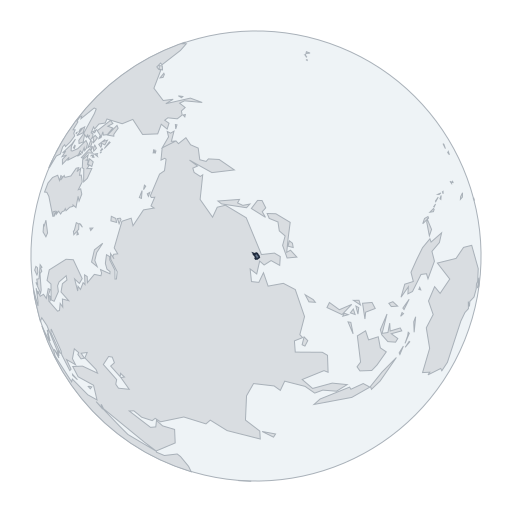 Chagang-do highlighted on a globe, orthographic projection, rotated 292°
{"feature_id": "PRK-3310", "entity_name": "Chagang-do", "entity_type": "Province", "adm_level": 1, "iso_a3": "PRK", "parent_name": "North Korea", "parent_adm1": "", "projection": "orthographic", "projection_center": [126.424, 40.896], "detail": "medium", "context": "on_globe", "style": "filled", "palette": "slate", "viewbox_px": 512, "rotation_deg": 292, "n_neighbors": 0, "source": "natural_earth", "source_scale": "10m", "svg_char_len": 12670}
<svg xmlns="http://www.w3.org/2000/svg" viewBox="0 0 512 512"><g transform="rotate(292 256 256)"><circle cx="256" cy="256" r="225" fill="#eef3f6" stroke="#a8b0b8"/><path d="M430.2,387.3L430.0,388.2L429.8,388.5L430.2,387.3ZM423.8,105.6L423.8,105.9L425.0,107.0L428.0,110.5L425.3,108.4L426.7,111.9L418.2,108.9L398.1,97.2L399.2,95.3L394.2,93.2L392.6,95.8L392.7,98.1L373.3,98.5L365.4,111.7L370.3,120.5L363.4,115.3L377.8,136.0L378.2,148.6L373.1,131.6L369.1,127.9L367.1,134.7L362.6,132.5L359.0,134.7L353.7,131.6L351.1,122.5L347.7,120.5L346.5,125.6L340.4,126.1L342.7,118.8L332.4,119.1L326.2,105.3L336.5,90.6L328.5,82.4L327.2,66.5L322.8,66.3L319.5,60.9L313.3,58.8L314.8,57.0L308.4,57.0L308.2,59.1L305.4,59.9L301.6,59.1L302.9,56.4L305.0,56.4L303.5,55.2L305.7,54.4L302.5,54.3L304.5,51.5L297.0,53.1L294.0,49.8L296.9,48.4L303.7,50.1L327.4,52.8L332.4,52.8L332.6,50.5L317.8,42.3L320.4,42.0L318.6,40.5L313.9,39.5L313.6,40.6L304.5,39.1L305.2,41.1L301.6,41.0L299.4,42.9L292.1,41.0L286.1,38.4L287.5,36.9L284.9,35.9L277.3,36.4L273.9,33.4L261.1,31.4L261.1,31.1L272.2,31.4L288.0,33.1L297.7,34.6L313.6,38.2L329.3,43.0L344.6,48.9L359.4,55.8L373.6,63.9L387.3,72.9L400.2,82.9L412.4,93.9L423.8,105.6ZM292.8,33.7L285.3,32.6L292.8,33.7ZM464.4,230.1L462.5,226.5L464.3,226.2L464.4,230.1ZM460.9,226.0L461.6,226.8L460.9,226.5L460.9,226.0ZM460.1,226.9L460.7,226.2L460.2,227.4L460.1,226.9ZM459.1,228.6L459.6,227.5L459.6,227.8L459.1,228.6ZM457.1,230.0L456.5,230.2L456.7,228.8L457.1,230.0ZM393.5,99.6L393.0,96.2L396.2,94.9L397.1,97.9L393.5,99.6ZM386.7,102.9L385.2,100.3L390.9,102.1L390.0,103.0L386.7,102.9ZM374.9,127.7L375.4,124.0L376.5,128.4L374.9,127.7ZM359.4,135.6L360.7,137.5L358.3,137.9L359.4,135.6ZM303.6,43.8L301.6,43.4L303.1,43.2L303.6,43.8ZM304.6,45.3L307.8,45.5L308.7,46.2L306.8,46.0L304.6,45.3ZM348.0,133.6L343.7,134.0L347.7,132.0L348.0,133.6ZM300.5,44.9L310.0,47.5L311.6,48.8L305.5,49.5L300.5,44.9ZM341.0,133.2L330.6,134.6L332.7,138.7L321.1,128.5L333.7,130.3L338.2,127.1L337.9,130.8L341.0,133.2ZM309.8,60.2L309.8,57.9L313.2,60.7L309.8,60.2ZM312.7,61.9L327.2,70.3L325.2,73.7L320.8,70.0L321.0,75.3L312.9,72.7L310.9,69.2L313.8,67.5L308.5,67.9L312.7,61.9ZM316.3,122.9L313.4,122.1L316.0,121.2L316.3,122.9ZM304.5,60.5L307.6,61.7L306.1,64.7L299.6,62.7L302.2,62.4L304.5,60.5ZM325.0,78.2L322.8,80.3L315.6,78.6L313.8,79.3L312.5,73.0L325.0,78.2ZM300.6,61.3L296.3,61.7L293.6,59.6L301.3,59.5L300.6,61.3ZM308.5,66.3L307.5,67.7L305.9,66.3L308.5,66.3ZM281.6,53.1L285.4,54.2L285.0,55.7L281.6,53.1ZM294.9,62.1L295.9,62.8L296.1,63.6L292.8,63.5L294.9,62.1ZM307.6,72.5L305.0,71.5L307.7,74.9L302.4,74.2L302.6,70.2L300.3,71.6L298.7,71.4L300.6,68.4L307.6,72.5ZM290.2,66.1L288.6,61.3L281.7,58.7L281.9,57.2L293.0,61.6L290.2,66.1ZM296.2,67.7L292.5,66.3L294.6,64.9L298.4,65.0L296.2,67.7ZM298.8,75.1L306.9,77.3L306.6,78.2L298.8,75.1ZM287.8,65.5L288.3,66.8L287.1,65.5L287.8,65.5ZM295.0,72.4L297.9,73.0L297.4,73.9L295.0,72.4ZM286.8,68.8L286.3,67.2L288.8,67.1L286.8,68.8ZM290.2,70.7L288.9,71.8L290.0,68.1L291.6,70.7L290.2,70.7ZM294.1,73.2L294.8,73.9L292.9,72.8L294.1,73.2ZM277.5,70.2L278.2,65.6L283.8,65.3L282.3,69.8L277.5,70.2ZM111.0,83.6L96.3,99.6L93.2,103.3L87.8,107.4L70.3,132.2L73.1,131.8L64.3,152.1L63.0,162.5L75.3,153.8L77.4,136.3L84.9,127.5L88.9,136.4L88.0,153.0L90.9,150.1L97.4,135.5L103.3,135.6L100.3,130.3L97.0,135.2L95.1,132.3L98.0,127.7L100.0,127.8L101.9,122.3L92.0,124.3L87.6,129.4L89.0,119.1L81.8,126.9L80.0,126.3L91.6,113.0L95.1,110.7L111.6,93.4L108.0,94.7L92.2,111.4L94.4,108.0L89.5,110.8L95.0,106.0L113.2,88.2L118.5,80.5L114.7,80.5L116.6,79.0L134.2,66.5L141.2,62.5L128.0,72.6L132.1,71.0L143.8,64.2L138.8,68.1L141.9,66.9L137.8,71.0L140.9,73.3L138.1,77.5L147.9,75.6L147.8,77.7L142.0,78.1L136.5,80.9L130.5,92.7L131.9,94.2L138.7,92.2L136.2,96.0L143.6,92.6L144.4,99.1L149.6,88.7L157.8,86.9L162.9,89.7L166.6,87.4L158.2,83.1L154.0,83.2L148.9,86.1L138.4,85.8L138.6,82.5L153.2,76.4L155.1,71.4L165.7,69.5L181.8,81.1L184.1,88.0L169.9,103.3L164.4,102.5L166.8,96.4L156.7,103.8L161.3,102.3L159.2,105.8L166.5,105.7L165.4,108.2L174.3,104.1L173.7,107.2L168.1,109.7L178.4,113.0L179.6,119.6L182.4,119.2L185.2,116.9L184.8,127.2L186.9,126.5L187.9,122.8L192.7,119.1L201.2,116.9L200.6,120.6L197.5,121.9L190.0,130.5L181.8,133.9L182.4,135.2L189.4,133.2L198.5,122.6L203.8,120.2L200.2,125.4L201.9,123.3L204.3,123.4L206.2,127.0L210.4,121.5L238.0,118.7L244.3,126.1L238.0,130.6L256.6,134.4L262.3,143.6L263.1,139.9L272.6,140.1L271.0,137.1L272.1,135.5L295.8,135.9L300.8,139.2L312.0,136.4L312.4,134.8L309.3,132.0L321.1,128.5L332.7,138.7L331.1,142.0L339.4,146.7L334.6,153.7L334.4,162.0L324.2,167.8L325.0,174.3L328.2,175.5L331.7,185.7L327.7,203.7L316.8,183.9L320.0,158.4L317.5,168.1L313.8,164.5L310.3,167.3L308.9,174.6L311.3,176.2L287.5,183.0L275.7,201.2L286.7,201.8L291.6,208.6L287.8,232.6L259.4,260.5L265.6,272.0L264.6,278.7L256.2,281.5L257.4,271.7L250.7,266.9L252.7,261.3L239.6,263.4L241.8,255.4L230.6,261.4L232.6,268.5L243.3,269.2L232.6,278.5L240.9,291.6L239.6,305.0L218.0,323.7L199.5,326.1L197.8,329.8L191.7,323.4L181.6,328.4L191.6,353.6L190.7,359.5L175.2,366.4L175.2,362.0L158.8,345.1L154.4,358.1L166.7,374.3L170.9,388.7L160.8,381.3L156.7,368.2L150.9,361.8L153.5,350.3L150.7,329.5L140.5,328.9L142.3,321.5L136.8,301.5L122.8,299.6L99.9,307.7L95.1,325.1L87.9,328.5L83.3,294.6L86.7,275.1L81.6,272.5L79.7,249.4L66.5,229.6L67.7,223.3L64.5,221.5L63.7,210.4L66.7,200.7L64.8,196.5L57.6,222.4L60.0,227.1L66.3,225.3L63.5,233.0L64.7,245.5L52.4,251.1L37.8,236.4L41.6,222.2L57.3,171.8L59.7,169.2L60.0,168.8L60.5,167.9L56.6,171.3L61.1,162.3L47.1,193.3L42.5,204.2L37.6,236.8L36.8,237.2L36.7,245.8L42.9,257.1L41.8,261.1L35.7,272.3L31.7,276.7L30.8,260.0L31.1,243.3L32.6,226.7L35.4,210.3L39.4,194.1L44.6,178.2L50.9,162.8L58.4,147.8L66.9,133.5L76.5,119.8L87.1,106.9L98.6,94.8L111.0,83.6ZM81.9,178.0L84.9,188.4L92.7,176.2L94.5,179.4L96.5,174.3L93.2,175.3L99.5,162.5L104.0,164.7L108.4,160.6L107.6,157.0L98.2,155.1L89.2,173.1L84.6,174.0L81.9,178.0ZM268.5,31.1L261.6,31.0L264.2,30.9L259.9,30.8L268.5,31.1ZM282.7,32.4L277.1,31.7L283.6,32.5L282.7,32.4ZM163.3,57.7L159.0,59.9L156.3,60.0L160.0,56.1L163.9,55.8L163.3,57.7ZM153.6,63.3L167.1,59.1L165.4,61.8L164.1,60.9L161.6,63.1L158.8,62.3L143.9,69.6L140.6,70.3L149.1,61.8L148.1,64.0L152.4,61.4L153.6,63.3ZM204.7,48.3L210.5,47.8L199.3,54.1L195.1,54.0L198.5,49.6L205.3,47.4L204.7,48.3ZM287.9,46.2L290.8,46.5L290.5,47.1L287.7,47.3L287.9,46.2ZM283.4,53.5L274.5,45.8L277.5,45.7L268.7,42.1L273.1,40.3L278.6,42.6L275.4,38.9L282.1,40.3L279.1,38.0L290.9,43.3L296.8,44.8L288.6,43.7L284.4,45.1L284.4,46.2L288.8,50.6L299.4,55.1L297.0,57.7L292.5,58.4L289.5,57.7L292.0,56.1L286.3,56.3L287.7,53.6L283.4,53.5ZM240.6,71.4L244.7,68.7L233.5,70.9L234.8,67.2L233.4,67.7L231.5,65.1L226.8,62.9L228.5,61.4L225.9,61.2L224.6,59.7L221.7,59.1L223.6,56.2L220.2,55.3L223.1,54.5L216.7,53.8L222.3,53.1L221.1,51.4L216.3,53.0L233.7,41.6L236.7,38.2L236.1,36.0L245.8,35.8L252.6,38.0L256.6,41.9L252.4,45.5L257.5,45.0L257.0,46.7L253.1,46.4L258.8,48.0L257.3,49.4L260.9,54.4L270.0,56.4L271.5,58.5L267.2,58.4L271.7,60.6L264.7,62.1L265.6,63.7L259.6,67.1L250.9,66.4L252.6,68.3L248.1,71.3L240.6,71.4ZM275.6,71.0L264.8,70.5L260.2,68.4L272.5,63.6L272.7,61.9L280.4,59.2L286.9,62.5L284.1,62.9L282.9,64.1L281.3,62.6L281.6,64.7L277.8,65.4L277.0,67.3L273.7,66.5L275.6,71.0ZM93.9,103.9L92.3,106.3L90.7,109.3L87.6,111.4L93.9,103.9ZM106.1,91.6L105.3,93.1L100.1,97.0L101.8,94.8L106.1,91.6ZM109.3,90.8L105.6,92.9L108.6,90.4L109.3,90.8ZM141.7,79.5L141.3,81.1L139.5,81.9L137.7,81.8L141.7,79.5ZM207.5,79.1L210.6,77.4L211.6,78.0L219.6,76.9L219.3,79.8L214.3,81.6L207.5,79.1ZM73.1,152.8L70.8,152.1L72.2,149.3L72.7,150.1L73.1,152.8ZM77.6,130.2L74.4,136.8L76.7,130.7L77.6,130.2ZM208.5,82.1L211.8,81.2L209.6,83.2L208.5,82.1ZM219.5,81.9L217.6,84.3L220.2,80.0L219.5,81.9ZM41.6,325.3L41.1,323.4L45.1,335.3L45.4,335.9L41.6,325.3ZM227.2,428.5L234.2,430.0L234.0,430.7L227.2,428.5ZM219.8,425.0L227.7,426.4L218.6,426.3L219.8,425.0ZM230.8,426.9L238.8,426.5L242.3,425.7L241.8,427.1L230.8,426.9ZM214.5,424.2L186.5,417.9L175.6,413.0L178.0,411.0L195.6,416.3L214.5,424.2ZM177.1,410.7L160.8,397.8L140.1,365.4L147.4,369.0L169.5,391.9L168.0,393.9L177.9,403.2L177.1,410.7ZM217.4,405.7L215.9,412.7L200.2,409.0L193.2,406.2L188.4,395.4L191.1,391.2L196.8,392.7L219.9,379.9L227.7,385.6L220.4,391.8L226.9,399.6L217.4,405.7ZM95.6,327.4L98.3,340.8L94.6,340.1L95.6,327.4ZM230.0,368.8L220.2,375.2L229.4,366.0L230.0,368.8ZM236.0,359.3L236.2,363.6L232.7,359.0L236.0,359.3ZM196.9,335.7L190.8,335.1L191.0,332.0L199.0,330.9L196.9,335.7ZM238.5,316.1L237.0,325.4L235.3,328.4L233.3,322.3L238.5,316.1ZM210.4,109.1L199.5,107.0L191.5,108.2L186.6,112.8L188.8,105.8L201.2,103.9L210.4,109.1ZM234.6,117.0L238.8,113.5L240.2,115.9L239.4,117.1L234.6,117.0ZM234.9,114.2L234.2,108.3L238.6,107.0L238.3,111.9L234.9,114.2ZM220.8,94.2L217.7,93.2L219.6,91.5L220.8,94.2ZM310.8,474.0L309.7,473.2L319.4,470.9L316.2,472.6L310.8,474.0ZM389.1,437.8L389.6,437.4L390.9,435.9L391.2,436.2L389.1,437.8ZM272.4,470.3L229.1,473.3L219.2,471.3L220.9,469.4L210.2,460.0L213.4,460.7L210.3,454.1L235.4,451.6L253.2,440.8L268.1,442.2L278.9,432.8L294.5,433.1L290.3,440.7L307.2,444.3L317.4,426.8L328.7,442.4L341.7,445.2L346.7,452.0L327.5,466.8L315.5,471.0L312.7,470.9L307.9,472.5L299.6,473.5L294.0,471.3L289.2,472.8L293.3,469.9L286.7,472.7L281.9,470.9L272.4,470.3ZM385.1,424.3L387.7,423.5L392.0,423.8L387.9,425.3L385.1,424.3ZM423.7,395.0L425.0,395.1L422.3,397.4L423.7,395.0ZM429.8,388.5L426.5,391.4L430.2,387.3L429.8,388.5ZM397.6,410.0L398.9,410.3L397.9,411.2L397.6,410.0ZM396.5,410.2L397.9,407.9L397.8,409.6L396.5,410.2ZM383.8,406.2L385.3,404.8L386.0,405.2L383.8,406.2ZM244.5,431.2L254.1,426.9L259.5,426.8L244.5,431.2ZM381.5,405.0L377.7,406.2L378.0,405.1L381.5,405.0ZM381.6,402.7L381.2,401.4L383.7,403.8L381.6,402.7ZM374.2,401.8L378.9,402.9L373.7,402.3L374.2,401.8ZM371.5,403.0L368.1,402.8L368.3,402.3L371.5,403.0ZM334.5,413.1L347.0,419.4L337.2,421.0L326.2,417.4L318.0,423.4L299.3,424.0L303.4,420.7L300.7,415.9L281.7,414.4L277.8,411.0L284.5,408.8L272.1,405.9L285.6,404.5L291.3,411.4L299.0,405.8L312.6,406.3L326.1,407.3L337.1,410.8L334.5,413.1ZM286.0,419.5L288.3,419.5L286.3,421.5L286.0,419.5ZM361.7,400.8L366.5,402.8L366.0,403.7L363.6,403.9L361.7,400.8ZM339.6,409.2L351.4,401.6L354.2,401.1L346.4,408.8L339.6,409.2ZM348.4,398.5L353.9,398.2L357.0,400.7L355.8,401.8L348.4,398.5ZM258.3,412.6L257.8,414.4L254.3,412.7L258.3,412.6ZM262.7,411.7L273.3,414.2L261.8,413.3L262.7,411.7ZM231.5,401.9L234.5,407.0L243.9,405.1L236.7,408.5L243.3,416.7L241.2,419.2L234.6,410.5L232.6,418.4L228.4,417.7L226.0,410.3L230.1,402.1L234.3,398.9L251.3,399.2L231.5,401.9ZM262.6,406.1L259.8,400.4L261.9,396.9L264.9,400.0L262.6,406.1ZM252.0,386.2L245.0,378.7L238.4,380.6L252.1,372.5L256.4,381.0L252.0,386.2ZM246.6,370.6L240.3,372.3L247.0,367.4L246.6,370.6ZM238.9,369.8L238.6,364.8L243.3,366.1L238.9,369.8ZM249.7,371.2L251.4,363.0L253.5,368.1L249.7,371.2ZM237.4,353.4L247.0,362.9L233.9,357.7L234.8,341.1L240.4,341.5L237.4,353.4ZM277.8,287.3L277.1,282.0L282.6,281.2L281.5,285.0L277.8,287.3ZM300.0,275.1L283.9,279.3L270.9,283.1L274.3,285.8L270.3,294.3L265.8,285.6L275.8,276.7L285.5,275.5L288.0,268.2L295.8,263.6L295.8,254.2L299.6,250.4L302.6,258.6L300.0,275.1ZM295.4,250.3L298.3,233.9L308.1,236.6L309.7,240.8L304.3,247.0L299.4,245.2L295.4,250.3ZM301.9,230.9L297.2,229.1L291.4,204.5L292.7,200.1L302.3,219.5L298.3,219.0L298.0,224.8L301.9,230.9ZM313.7,124.1L313.5,122.3L315.5,123.9L313.7,124.1ZM271.0,133.9L272.9,131.9L275.2,133.7L271.0,133.9ZM279.4,127.6L275.4,126.9L279.9,126.0L279.4,127.6ZM266.5,125.9L274.0,125.9L266.5,128.2L266.5,125.9Z" fill="#d9dde1" stroke="#a8b0b8" stroke-width="1"/><path d="M257.5,252.4L257.5,252.5L257.6,252.9L257.6,253.0L257.6,253.3L257.4,253.4L257.4,253.6L257.2,253.6L257.2,253.8L257.4,253.8L257.5,253.8L257.5,254.0L257.6,254.3L257.7,254.5L257.8,254.7L257.8,254.9L257.8,255.0L258.1,255.1L258.3,255.2L258.5,255.0L258.6,254.9L258.8,254.9L258.9,255.1L258.9,255.4L258.8,255.5L258.7,255.7L258.6,255.8L258.6,256.0L258.8,256.2L258.8,256.3L258.4,256.7L258.3,256.8L258.3,257.0L258.2,257.1L257.7,257.4L257.7,257.7L257.5,257.9L257.5,258.2L257.4,258.4L257.2,258.5L257.0,258.8L256.8,258.9L256.7,259.0L256.4,259.2L256.4,259.3L256.2,259.4L256.0,259.6L255.7,259.4L255.3,259.3L255.1,259.2L254.7,258.7L254.4,258.6L254.2,258.6L253.6,258.2L253.5,257.9L253.5,257.6L253.5,257.3L253.4,257.3L253.2,257.1L253.0,256.9L253.1,256.7L253.4,256.7L253.5,256.4L253.6,256.5L253.8,256.5L253.7,256.3L253.8,256.2L254.0,256.1L254.4,256.0L254.6,256.1L254.8,256.0L254.8,255.9L254.7,255.9L254.9,255.8L254.9,255.7L255.0,255.6L255.2,255.4L255.6,255.0L255.7,254.8L255.8,254.6L255.9,254.4L256.1,254.2L256.3,254.2L256.2,253.9L256.3,253.7L256.5,253.4L256.4,253.2L256.5,253.1L256.9,252.8L256.8,252.7L257.1,252.9L257.1,252.7L257.3,252.7L257.5,252.4Z" fill="#64748b" stroke="#1e293b" stroke-width="1.5"/></g></svg>